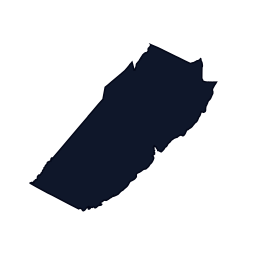 outline of Balaka, Balaka, Malawi, rotated 29°
{"feature_id": "42251766B20450933672567", "entity_name": "Balaka", "entity_type": "district", "adm_level": 2, "iso_a3": "MWI", "parent_name": "Malawi", "parent_adm1": "Balaka", "projection": "equal_earth", "projection_center": [35.125, -15.031], "detail": "fine", "context": "isolated", "style": "filled", "palette": "ink", "viewbox_px": 256, "rotation_deg": 29, "n_neighbors": 0, "source": "geoboundaries", "source_scale": "gbopen_adm2", "svg_char_len": 5849}
<svg xmlns="http://www.w3.org/2000/svg" viewBox="0 0 256 256"><g transform="rotate(29 128 128)"><path d="M183.1,45.0L181.6,45.9L180.4,46.5L179.8,47.0L178.3,47.7L177.3,48.3L176.3,48.7L175.7,49.1L175.0,49.5L174.2,49.8L173.6,50.1L171.5,50.6L171.1,50.6L170.6,50.5L170.2,50.2L169.9,49.8L169.1,49.4L168.3,48.6L165.0,42.5L163.2,39.1L163.2,38.3L162.6,37.1L161.9,36.2L161.1,35.1L160.7,34.9L160.1,34.3L159.2,33.7L158.8,33.3L158.5,32.7L158.1,32.2L157.8,32.2L157.8,33.1L157.7,33.4L157.6,33.7L157.1,34.6L156.5,35.3L155.9,35.7L155.6,36.1L155.2,36.9L154.5,37.9L153.8,39.0L152.6,40.0L151.3,41.4L145.1,41.8L137.8,42.1L135.2,42.3L128.8,42.6L121.1,43.0L120.2,43.0L115.2,43.3L107.6,44.1L107.8,44.2L107.9,44.4L107.7,44.9L107.8,45.2L107.8,46.1L107.8,46.4L107.5,47.2L107.4,47.8L107.2,48.4L107.4,48.6L107.3,48.9L107.6,49.7L107.8,49.8L108.2,50.2L108.3,50.8L108.2,51.0L108.3,51.3L108.2,51.9L108.0,52.6L107.5,53.5L107.1,53.7L106.7,53.8L106.5,54.4L106.2,54.8L106.0,55.4L105.7,56.5L105.5,57.0L105.5,58.2L105.4,59.4L105.3,60.0L105.3,60.5L105.8,60.7L105.6,61.1L105.3,61.5L105.2,62.0L105.2,62.7L105.2,63.3L105.2,63.6L105.2,64.3L104.9,65.2L104.9,65.7L104.5,67.5L104.5,68.0L104.6,68.5L105.0,69.4L105.4,70.7L105.9,74.1L105.2,74.4L101.8,70.8L99.6,68.5L99.3,70.1L98.9,71.6L98.9,72.4L98.3,75.7L97.5,79.4L94.1,88.4L91.4,95.4L89.7,100.0L88.3,103.4L92.2,115.0L90.7,121.5L89.1,129.7L87.6,136.9L87.5,138.1L85.1,149.7L78.8,181.4L77.3,188.7L77.1,189.9L76.8,190.8L76.6,190.9L76.1,191.0L75.9,191.1L75.7,191.6L75.7,191.9L75.7,192.2L76.0,192.4L76.4,192.4L76.3,192.7L76.1,192.8L76.0,193.1L76.0,193.4L76.3,193.8L76.5,194.1L76.4,194.4L76.2,194.6L75.2,195.6L75.2,195.9L75.3,196.1L75.2,196.4L74.7,196.4L74.4,196.8L74.3,197.1L74.3,197.4L74.6,198.9L74.5,199.5L74.1,200.6L74.1,201.2L74.2,201.8L74.3,202.4L74.3,202.7L73.9,203.5L73.9,203.8L74.1,204.0L74.4,204.5L74.5,204.7L74.4,205.0L74.2,205.6L74.1,205.9L74.1,206.8L74.3,207.7L74.5,208.3L74.6,208.5L74.6,208.8L74.1,209.1L74.0,209.4L74.1,210.6L74.1,211.6L73.9,211.8L73.8,212.0L73.5,212.1L73.3,212.1L73.1,212.1L72.9,212.3L72.7,212.9L72.5,213.8L72.4,214.1L72.6,214.7L73.2,216.1L73.4,217.0L73.3,217.3L73.1,217.5L72.7,217.7L72.5,217.9L72.3,218.1L72.2,218.4L72.2,218.7L72.2,219.3L72.1,219.6L71.7,219.9L71.6,220.2L71.6,220.5L72.1,221.5L72.2,221.8L72.0,222.3L71.8,222.5L71.2,222.0L70.9,222.0L70.5,222.1L70.1,222.4L69.4,223.3L68.6,223.7L76.5,223.8L86.8,223.7L89.1,223.7L94.3,223.4L112.1,223.0L115.6,222.9L124.1,222.6L124.2,222.4L124.2,222.2L124.6,221.8L125.2,221.3L125.6,221.2L126.6,221.2L127.1,221.3L128.1,222.0L128.8,222.1L129.2,221.9L129.7,221.1L130.0,220.3L130.2,218.6L130.6,217.5L131.1,216.4L131.6,215.7L132.0,215.5L132.4,215.6L132.5,216.2L132.2,217.1L132.2,217.4L132.3,217.7L132.4,217.9L132.7,218.0L133.1,217.9L133.3,217.7L133.7,217.0L133.8,216.7L133.8,216.1L133.8,215.6L134.1,215.2L134.6,215.0L135.1,214.9L135.3,214.7L135.7,213.9L135.8,213.6L136.0,213.4L136.5,213.5L136.9,213.7L137.4,213.8L137.6,213.8L137.8,213.8L138.2,213.5L138.4,213.3L138.7,212.7L138.9,212.2L139.2,211.3L139.4,210.7L139.9,210.0L140.2,209.6L140.9,209.3L141.1,209.1L141.9,208.3L142.0,208.1L142.0,207.8L142.0,207.5L141.8,207.4L141.5,207.4L140.5,207.6L140.3,207.4L140.2,207.2L140.1,206.9L140.1,206.6L140.3,206.1L141.4,204.4L141.6,203.4L141.9,202.9L142.3,202.6L143.0,202.2L143.5,202.1L143.9,201.9L144.3,201.5L144.6,201.0L145.5,199.4L146.5,197.3L146.9,196.9L147.2,196.2L147.4,195.6L147.7,195.3L147.8,195.0L148.0,194.5L148.0,194.1L148.6,194.5L149.9,192.9L150.8,191.6L151.3,190.9L151.6,190.0L152.2,187.5L152.8,186.0L153.4,185.1L153.6,184.8L154.3,182.3L154.6,181.8L154.8,181.2L155.3,179.8L155.5,178.7L155.6,177.8L155.6,174.7L155.7,174.1L155.8,173.5L156.1,173.0L156.7,172.4L157.2,171.5L157.9,170.5L158.4,169.4L158.6,168.8L158.9,167.0L158.8,166.6L158.6,166.0L158.3,165.6L158.0,165.3L157.8,164.6L157.7,164.0L157.8,163.4L157.9,163.1L158.2,162.6L159.1,161.5L160.1,159.9L160.7,158.6L161.0,157.7L161.3,157.2L161.6,156.7L162.1,156.1L162.8,155.6L163.4,155.1L163.7,154.3L164.2,152.9L164.6,151.7L164.8,148.6L165.1,148.2L165.3,147.3L165.5,146.3L165.4,145.8L165.5,144.9L165.4,143.6L165.3,143.1L165.1,141.9L164.8,141.5L164.3,141.0L163.8,140.8L163.6,140.8L162.9,140.9L162.7,140.7L163.3,139.1L163.8,137.8L163.3,137.2L163.2,136.9L163.1,136.7L162.8,136.8L162.5,136.8L162.5,136.3L162.0,135.6L162.0,135.3L162.1,135.0L162.0,134.7L161.5,134.8L161.3,134.6L161.0,134.1L160.5,133.5L160.5,132.9L160.2,132.8L159.6,132.7L159.6,130.8L159.9,130.8L160.6,131.0L161.1,131.0L162.1,131.1L162.7,131.7L163.8,132.2L164.3,132.5L164.6,132.5L164.8,133.0L165.0,133.2L165.7,132.8L166.2,132.9L167.4,132.8L168.3,132.8L168.5,132.8L168.8,132.3L169.3,130.7L169.7,128.8L169.7,128.5L169.7,127.3L169.7,127.0L169.8,126.7L170.3,126.0L170.5,125.4L170.6,124.8L170.6,123.2L170.5,122.6L170.9,121.2L171.3,120.4L171.5,119.5L171.6,119.2L171.4,119.1L171.4,118.8L171.8,117.6L172.3,116.6L172.6,116.1L172.9,115.2L173.0,114.9L173.5,114.3L174.0,113.6L174.4,113.3L174.9,112.6L175.3,112.4L175.5,112.1L176.1,110.4L176.6,109.7L177.0,108.9L177.2,108.7L177.8,108.6L178.2,108.2L178.5,108.1L178.9,108.3L179.4,108.3L179.6,108.2L180.1,107.9L180.2,107.7L180.4,107.1L180.5,106.8L180.6,105.9L180.6,104.7L180.4,102.8L180.4,101.9L180.6,100.9L180.6,100.6L181.2,100.3L181.6,99.2L182.7,97.3L183.1,96.2L183.3,95.6L183.5,94.0L183.7,93.2L184.0,91.4L184.2,90.8L184.5,90.2L184.8,89.4L184.9,89.0L185.0,87.4L184.9,86.8L184.8,85.8L184.6,84.6L184.6,84.2L184.8,83.2L184.8,81.9L184.3,79.4L184.3,78.7L184.3,78.1L185.0,77.8L185.9,77.8L186.2,77.7L186.5,77.6L186.7,77.4L187.3,76.4L187.4,76.2L187.4,75.8L187.3,75.2L187.2,74.9L186.1,72.8L185.5,70.7L185.6,69.8L185.5,68.8L185.4,68.4L185.4,67.5L185.2,66.9L185.1,65.9L185.1,65.6L185.2,65.0L185.7,63.2L185.8,62.4L185.8,61.7L185.5,58.8L185.4,56.9L185.2,56.3L184.8,55.6L184.3,54.8L183.9,54.6L183.5,54.2L183.4,53.9L183.1,53.3L182.9,52.5L182.9,49.3L182.9,48.1L183.0,47.5L183.1,46.5L183.1,45.0Z" fill="#0f172a" stroke="#020617" stroke-width="1.5"/></g></svg>